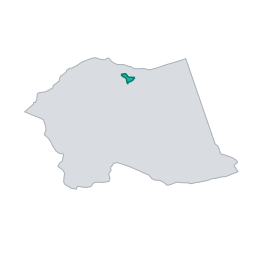 Uganda, with Butaleja highlighted, rotated 251°
{"feature_id": "UGA-3119", "entity_name": "Butaleja", "entity_type": "County", "adm_level": 1, "iso_a3": "UGA", "parent_name": "Uganda", "parent_adm1": "", "projection": "robinson", "projection_center": [33.927, 0.859], "detail": "fine", "context": "in_parent", "style": "filled", "palette": "teal", "viewbox_px": 256, "rotation_deg": 251, "n_neighbors": 0, "source": "natural_earth", "source_scale": "10m", "svg_char_len": 2642}
<svg xmlns="http://www.w3.org/2000/svg" viewBox="0 0 256 256"><g transform="rotate(251 128 128)"><path d="M174.8,205.2L171.7,205.2L166.6,205.2L161.5,205.2L156.4,205.2L151.3,205.2L146.2,205.2L141.1,205.2L136.0,205.2L130.9,205.2L125.8,205.2L120.7,205.2L115.6,205.2L110.5,205.2L105.4,205.2L100.3,205.2L95.2,205.2L90.1,205.2L87.1,205.2L86.5,205.1L86.1,205.0L84.2,205.4L82.2,206.8L80.1,207.4L77.8,207.2L77.5,207.3L76.4,207.3L74.7,207.2L73.2,207.6L72.1,208.8L70.9,210.9L68.8,213.4L67.2,215.6L65.8,217.1L62.6,219.6L60.9,220.4L60.1,220.3L59.5,219.8L58.5,216.5L57.9,216.0L51.7,217.7L50.8,217.7L50.9,216.7L50.4,209.1L50.3,204.4L51.1,201.5L51.6,198.1L51.7,195.1L52.8,190.0L52.4,187.0L53.8,176.3L54.2,174.6L54.8,169.5L55.7,167.9L56.5,167.3L57.6,164.1L59.6,159.1L61.0,156.5L60.7,150.8L60.9,146.9L61.3,146.1L64.3,144.6L68.1,141.0L69.8,136.8L72.1,134.2L76.6,132.4L90.0,118.0L96.2,110.2L98.9,106.3L98.9,104.8L99.5,103.0L98.4,101.5L97.1,100.2L96.7,98.9L95.6,98.3L94.0,98.4L92.9,97.5L91.7,95.7L90.5,94.6L86.7,94.7L83.8,92.9L83.9,90.5L85.0,85.7L87.2,80.2L87.3,78.7L87.0,77.4L86.5,76.3L85.5,75.2L84.6,73.9L85.3,69.9L86.7,66.1L87.8,64.1L89.0,62.0L88.6,60.2L87.0,59.3L87.9,57.6L89.6,54.6L93.0,51.7L96.0,49.7L98.0,49.7L101.9,51.3L105.4,53.1L107.3,53.2L109.7,52.5L114.5,49.2L115.7,50.2L117.1,52.2L118.6,55.5L121.7,57.0L123.1,58.1L124.2,58.4L124.8,58.1L125.9,55.5L127.3,54.1L129.9,52.3L135.6,50.9L139.7,50.5L141.4,50.1L144.3,49.3L148.9,46.7L153.4,50.1L158.3,50.7L163.0,50.7L164.4,49.7L165.2,48.9L170.2,43.2L176.9,35.6L181.4,46.4L182.9,47.0L182.7,47.9L182.3,48.8L185.3,51.4L188.9,52.8L190.2,54.1L190.3,55.5L189.1,61.8L189.3,63.6L190.4,69.9L192.6,71.3L194.5,77.7L198.3,80.4L198.9,81.1L199.8,84.2L201.0,87.6L201.9,88.4L202.4,88.6L203.6,92.1L202.9,94.1L203.8,100.2L205.3,105.7L205.6,112.2L205.7,115.1L205.6,116.8L205.3,119.3L204.6,120.7L203.4,122.1L202.0,124.3L200.8,126.7L200.1,127.8L200.7,131.3L200.5,132.2L200.2,132.7L198.5,133.2L196.2,134.2L194.9,135.1L193.0,136.9L191.4,138.8L189.4,144.5L186.0,148.9L185.4,150.4L182.2,153.0L180.8,156.3L179.9,160.2L178.7,163.1L176.0,167.0L175.4,173.2L175.4,185.6L174.7,199.7L174.8,205.2Z" fill="#d9dde1" stroke="#a8b0b8" stroke-width="1"/><path d="M174.8,142.5L176.3,141.9L177.9,140.4L179.6,139.1L180.3,139.2L180.9,139.5L180.8,140.1L180.6,140.7L180.5,142.1L180.1,143.4L179.5,143.4L179.0,143.7L178.6,144.1L178.1,144.3L177.5,144.3L177.0,144.4L176.1,145.1L175.4,146.1L174.0,149.8L174.0,150.1L173.7,150.4L173.3,150.3L173.0,150.3L172.5,149.2L172.1,148.8L171.8,148.5L171.6,147.5L171.2,146.4L171.1,145.3L171.2,144.1L170.9,143.0L170.2,142.3L171.6,141.8L173.1,142.2L174.8,142.5Z" fill="#14b8a6" stroke="#0f766e" stroke-width="1.5"/></g></svg>